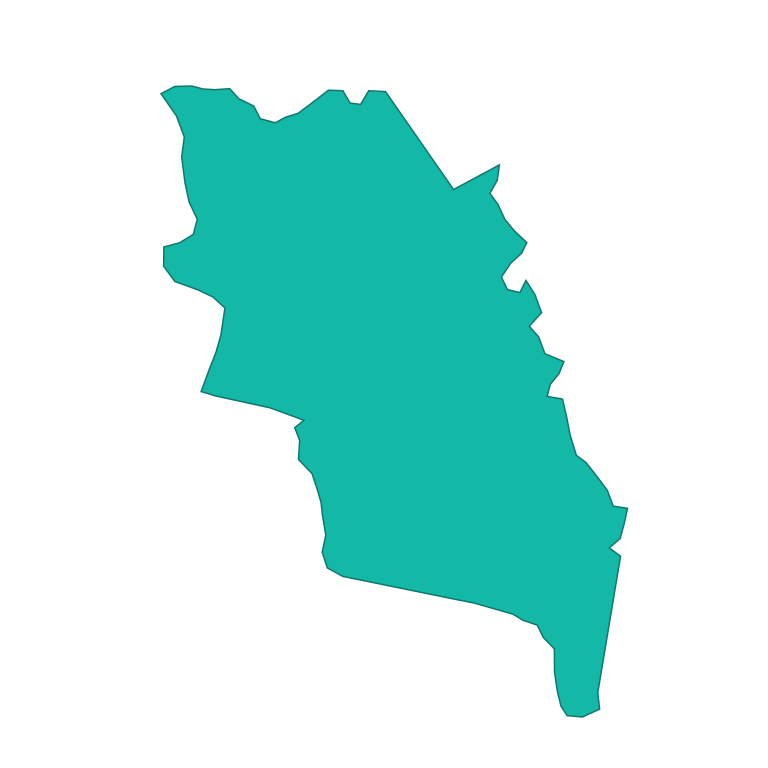 Doutor Ricardo, Rio Grande do Sul, Brazil (orthographic projection), rotated 192°
{"feature_id": "56859067B19078379689297", "entity_name": "Doutor Ricardo", "entity_type": "district", "adm_level": 2, "iso_a3": "BRA", "parent_name": "Brazil", "parent_adm1": "Rio Grande do Sul", "projection": "orthographic", "projection_center": [-51.977, -29.086], "detail": "fine", "context": "isolated", "style": "filled", "palette": "teal", "viewbox_px": 768, "rotation_deg": 192, "n_neighbors": 0, "source": "geoboundaries", "source_scale": "gbopen_adm2", "svg_char_len": 1405}
<svg xmlns="http://www.w3.org/2000/svg" viewBox="0 0 768 768"><g transform="rotate(192 384 384)"><path d="M105.5,110.8L110.7,126.5L116.8,264.7L129.6,270.6L120.9,281.9L120.0,297.8L120.0,313.0L134.4,312.2L143.6,326.6L159.5,340.4L170.0,349.1L181.0,354.2L191.3,372.7L198.8,390.4L206.2,406.3L221.9,405.8L221.2,418.4L214.9,430.7L212.7,443.3L232.9,447.1L242.5,462.2L253.9,470.7L244.7,486.6L255.1,503.0L266.7,514.8L270.1,501.7L282.9,502.0L291.4,513.0L285.1,528.7L276.6,540.5L273.7,552.0L288.5,561.0L300.1,570.2L309.8,583.3L320.1,592.5L315.6,606.7L316.7,622.3L356.4,588.7L443.3,670.3L459.9,667.7L465.0,652.6L475.6,651.8L485.2,662.3L499.5,659.8L510.5,646.7L524.4,630.8L535.9,624.4L544.6,616.9L560.1,617.7L569.2,628.8L585.4,632.9L596.3,640.8L610.7,636.7L622.6,634.9L633.8,635.5L650.4,631.6L662.5,621.6L642.8,603.1L630.7,584.1L629.1,563.9L620.4,539.2L612.5,521.5L600.9,506.4L601.6,490.7L613.5,479.5L627.8,472.3L624.0,453.3L609.7,440.7L585.5,437.4L569.3,433.5L555.4,425.3L553.7,397.9L555.0,379.4L557.7,363.7L559.5,350.9L561.3,338.6L546.3,337.3L490.7,337.0L454.8,331.9L462.2,322.7L454.8,311.4L451.9,292.4L435.7,281.3L427.9,268.0L420.9,254.9L416.9,242.9L409.5,223.9L409.5,206.7L401.2,192.3L384.2,187.2L267.8,188.2L250.9,188.5L210.1,185.7L199.1,181.8L183.9,180.0L175.6,169.3L162.3,160.3L157.2,137.2L150.2,118.7L143.9,105.7L136.0,97.7L120.8,99.5L105.5,110.8Z" fill="#14b8a6" stroke="#0f766e" stroke-width="1.5"/></g></svg>